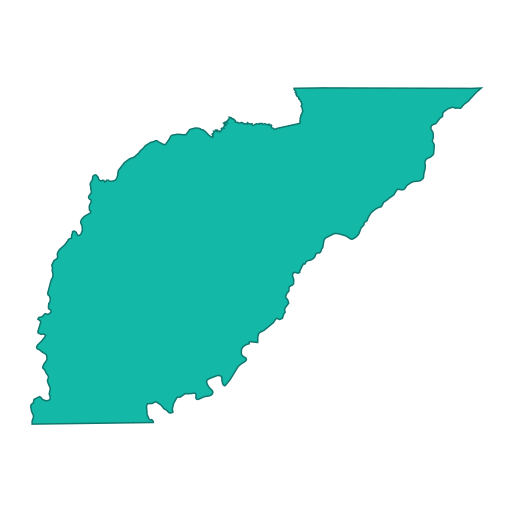 Carauari, Amazonas, Brazil (orthographic projection)
{"feature_id": "56859067B9018125425932", "entity_name": "Carauari", "entity_type": "district", "adm_level": 2, "iso_a3": "BRA", "parent_name": "Brazil", "parent_adm1": "Amazonas", "projection": "orthographic", "projection_center": [-67.33, -5.173], "detail": "fine", "context": "isolated", "style": "filled", "palette": "teal", "viewbox_px": 512, "rotation_deg": 0, "n_neighbors": 0, "source": "geoboundaries", "source_scale": "gbopen_adm2", "svg_char_len": 5985}
<svg xmlns="http://www.w3.org/2000/svg" viewBox="0 0 512 512"><path d="M288.7,303.1L287.8,300.1L287.0,298.9L285.8,297.7L285.6,296.3L286.9,293.3L288.9,291.0L289.0,288.0L289.5,286.5L292.2,285.2L293.5,284.0L293.8,280.8L293.6,279.0L292.5,275.9L292.7,274.2L293.5,272.8L294.9,272.3L298.0,273.2L299.7,272.4L299.8,270.9L303.1,264.3L303.7,263.7L304.4,264.1L305.1,263.8L306.1,261.8L307.4,260.8L311.1,259.9L313.1,258.7L314.6,257.2L316.0,253.8L317.4,253.0L319.4,252.9L320.7,251.9L321.6,249.0L322.7,247.7L323.9,240.6L324.7,238.9L325.9,237.8L333.5,233.9L334.9,233.5L336.5,233.5L339.9,234.1L346.2,236.0L350.6,239.0L352.2,239.2L353.6,238.6L356.2,236.9L358.4,234.5L359.2,233.0L360.9,228.2L363.9,224.9L364.1,222.9L365.5,221.6L367.0,220.8L368.1,217.7L370.6,213.4L371.6,212.3L375.0,209.5L377.8,207.8L381.4,206.6L383.7,202.2L386.4,200.5L389.1,198.2L393.7,195.0L396.6,190.3L397.7,189.2L402.3,189.9L404.0,189.4L405.2,188.1L406.8,185.5L410.7,182.8L413.5,181.6L420.1,180.8L423.0,178.6L423.6,177.1L423.8,173.8L425.1,168.8L425.3,165.6L424.8,162.4L425.4,160.7L426.1,159.4L427.5,158.3L430.2,157.2L431.4,156.3L432.7,155.2L433.6,153.8L434.3,145.4L433.7,143.5L432.8,142.3L432.3,140.8L433.3,137.5L433.2,133.9L432.8,132.1L430.9,129.0L430.9,127.4L431.5,125.7L432.9,124.6L435.8,123.7L439.9,118.3L442.5,116.5L442.9,112.8L443.9,111.7L447.9,108.8L452.6,107.2L455.9,108.3L457.3,107.9L460.4,108.3L461.5,107.4L463.8,104.5L468.1,101.3L476.5,92.1L481.3,88.0L471.7,88.4L322.1,87.9L294.1,88.3L294.0,89.1L295.9,91.5L295.2,92.3L295.6,92.9L296.5,93.4L296.1,94.6L296.5,95.0L296.5,95.6L297.6,96.7L298.8,97.3L298.8,99.0L299.5,99.2L300.1,99.9L300.5,101.2L301.2,101.7L301.4,103.1L301.8,103.6L301.8,105.0L301.4,105.4L301.2,106.3L302.1,107.8L302.5,109.5L302.4,110.2L302.8,111.3L301.7,113.7L301.7,114.4L300.9,115.1L300.7,117.4L300.2,117.8L300.2,120.3L299.9,121.0L300.1,123.3L276.6,128.5L276.0,129.1L275.2,129.0L274.6,129.4L273.9,129.1L273.6,128.4L271.6,127.8L271.1,126.4L271.7,125.6L271.3,125.1L270.6,125.2L270.1,125.0L269.7,124.4L268.8,125.0L268.5,124.3L267.8,124.7L265.6,124.2L264.8,123.7L262.7,124.4L262.2,124.1L262.0,123.4L261.4,123.6L259.3,123.5L259.1,124.1L257.8,124.2L257.3,123.8L256.3,123.7L253.7,125.4L252.8,125.4L252.2,124.8L252.2,123.9L249.2,123.9L247.6,122.8L247.6,123.5L247.3,124.0L246.7,124.1L246.1,123.7L244.1,123.8L243.5,123.6L243.2,123.1L241.4,122.4L239.6,123.3L237.6,122.3L236.1,122.3L235.5,122.0L235.0,121.7L235.4,120.9L234.2,119.5L232.8,118.7L232.2,119.0L231.5,117.9L229.2,117.2L229.4,118.6L228.3,119.5L228.1,120.3L227.3,120.6L226.9,121.3L227.2,122.8L225.4,121.9L223.8,123.0L225.0,123.3L224.3,123.9L226.1,124.9L225.5,125.4L224.5,125.5L223.6,127.4L224.0,128.2L222.0,128.1L221.4,128.7L222.0,129.0L221.7,129.7L220.7,131.1L219.9,131.1L219.6,131.9L218.1,131.1L217.6,130.1L215.8,130.1L216.6,131.3L215.3,131.0L213.5,131.3L214.0,132.4L213.9,133.0L213.4,133.5L212.4,133.7L212.1,134.4L213.2,135.5L212.7,136.3L213.0,136.9L212.7,137.4L210.8,136.6L208.8,135.2L205.7,131.9L203.0,129.8L202.4,129.9L200.9,129.4L200.3,128.7L198.4,128.2L195.2,128.0L189.8,129.5L186.0,134.6L183.4,134.8L180.2,134.4L177.0,134.3L172.1,135.2L170.9,136.0L169.4,138.9L165.7,144.3L164.0,144.6L162.3,143.9L158.2,141.7L157.0,140.7L155.3,140.7L154.0,141.6L150.8,142.3L145.3,145.7L143.5,148.0L139.9,151.3L138.8,153.0L134.2,157.1L129.5,158.8L124.5,162.6L119.0,169.6L118.2,171.0L117.6,175.7L116.6,178.6L115.7,179.7L114.3,180.7L111.2,181.3L109.6,181.2L108.3,180.2L106.7,180.2L105.5,181.6L104.6,182.0L103.8,180.4L102.3,180.3L100.6,180.9L99.4,180.1L98.5,178.9L98.1,177.2L96.0,174.9L94.5,175.0L93.2,175.9L92.6,177.2L92.6,178.8L92.1,180.2L90.4,183.1L90.1,184.5L90.6,186.1L90.8,189.3L91.3,191.0L91.3,192.6L88.6,196.5L88.7,198.0L89.6,199.2L91.1,200.0L91.2,201.7L89.4,205.5L89.2,207.2L89.5,210.2L90.7,211.2L90.5,212.8L84.5,216.3L82.1,218.6L81.3,220.0L80.7,221.4L80.7,222.9L82.0,225.7L82.3,229.2L82.2,230.8L80.8,234.3L79.6,235.2L78.2,235.6L77.1,234.5L76.4,232.6L75.3,231.6L73.8,231.0L72.5,231.8L72.4,233.4L71.7,235.0L71.4,238.3L69.8,238.7L68.4,239.5L67.6,241.1L64.5,245.1L59.5,249.5L57.7,252.5L57.3,254.1L57.7,257.5L56.6,258.8L53.9,260.7L51.8,265.1L52.5,268.4L52.1,270.2L52.9,273.4L52.9,276.8L51.1,280.2L47.7,293.2L48.0,294.8L49.2,295.7L49.9,297.3L50.2,299.0L50.2,300.6L49.8,302.0L48.8,303.4L48.4,307.2L48.6,308.7L50.1,309.6L51.1,310.7L50.8,312.4L48.2,314.4L45.1,313.7L41.8,317.0L40.1,317.1L38.6,317.7L37.9,319.2L40.5,321.0L40.6,322.6L37.9,331.4L38.1,332.9L40.9,334.3L42.4,334.0L44.3,334.3L45.6,335.3L44.8,337.0L41.4,341.3L37.6,345.0L36.8,346.4L36.6,347.8L37.7,349.1L39.5,349.8L42.0,351.9L46.0,354.3L46.7,355.6L47.0,358.8L46.5,360.5L44.2,363.6L42.9,366.4L42.7,367.9L44.9,370.2L46.2,373.1L48.0,375.6L48.6,377.1L47.4,380.4L48.1,383.2L50.1,387.7L50.3,389.3L49.8,390.7L49.2,394.0L50.2,397.1L50.2,398.6L49.4,400.0L46.4,400.9L43.2,399.8L41.9,398.9L41.0,397.5L39.6,396.6L34.0,399.4L33.4,402.6L31.1,404.7L30.7,406.4L31.6,411.4L33.5,415.8L33.3,417.7L32.1,421.0L32.1,424.1L153.3,422.5L152.9,420.7L151.6,419.6L150.2,420.0L148.9,418.9L146.9,413.8L147.0,412.0L146.5,406.9L146.7,405.3L147.5,403.7L152.2,403.5L155.1,401.8L156.7,402.2L160.8,404.9L163.0,407.4L163.7,408.6L166.5,410.1L168.7,412.5L170.1,413.0L171.7,412.8L173.0,412.0L172.5,410.4L172.4,408.6L173.6,403.5L176.9,397.5L178.3,397.0L179.9,397.3L185.4,393.5L186.9,393.8L191.8,393.5L193.5,393.1L195.4,393.3L196.1,394.7L195.8,397.9L196.8,399.3L198.3,399.4L204.3,396.7L209.2,395.9L211.0,395.2L212.3,394.0L212.9,392.4L212.5,390.8L209.1,387.4L207.2,384.2L206.7,382.2L206.7,380.6L208.0,379.4L209.4,378.6L217.4,375.5L218.9,375.5L220.5,375.9L221.8,377.1L221.9,380.6L222.7,383.7L223.5,385.1L224.9,385.8L226.0,384.7L230.2,379.5L238.2,366.4L240.6,364.3L245.4,361.2L246.4,359.9L246.2,358.3L242.1,355.6L241.5,354.1L241.3,352.7L241.5,349.3L243.1,346.7L246.0,344.7L249.2,343.7L249.1,342.1L250.6,341.7L257.7,342.5L257.8,337.4L258.1,335.3L258.6,333.8L259.6,332.6L264.1,330.3L273.3,322.7L275.4,319.5L276.6,318.3L279.7,319.5L282.4,318.3L283.9,313.7L285.1,312.4L284.6,309.4L285.2,307.8L288.7,303.1Z" fill="#14b8a6" stroke="#0f766e" stroke-width="1.5"/></svg>